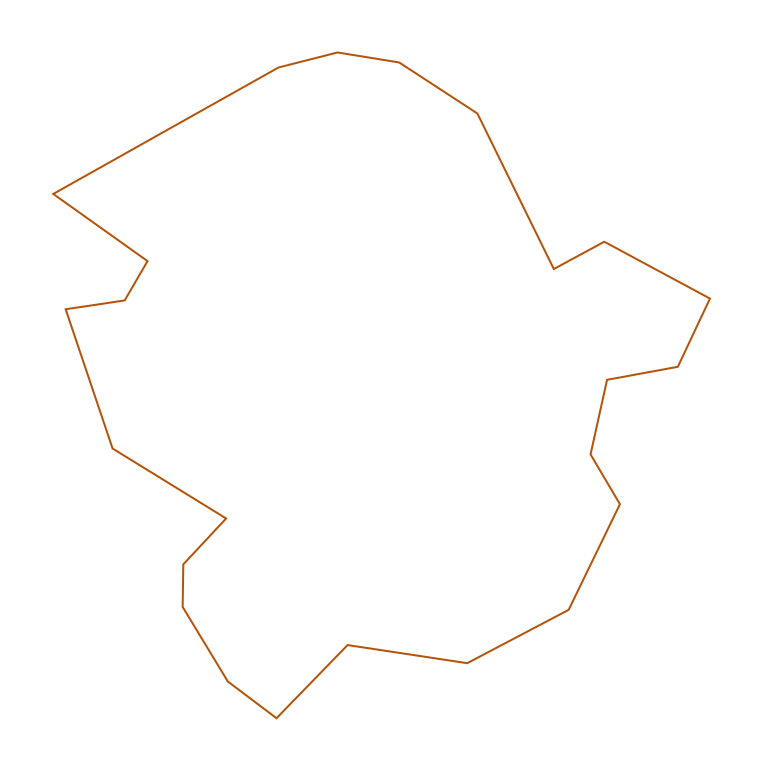 map outline of Brussels (Albers equal-area conic projection), rotated 179°
{"feature_id": "BEL-3474", "entity_name": "Brussels", "entity_type": "Capital Region", "adm_level": 1, "iso_a3": "BEL", "parent_name": "Belgium", "parent_adm1": "", "projection": "albers", "projection_center": [4.373, 50.84], "detail": "fine", "context": "isolated", "style": "outline", "palette": "amber", "viewbox_px": 768, "rotation_deg": 179, "n_neighbors": 0, "source": "natural_earth", "source_scale": "10m", "svg_char_len": 462}
<svg xmlns="http://www.w3.org/2000/svg" viewBox="0 0 768 768"><g transform="rotate(179 384 384)"><path d="M711.4,579.8L484.0,702.3L424.7,716.3L363.2,705.2L285.9,652.8L212.2,496.0L161.3,522.4L56.6,463.7L89.9,396.1L160.9,384.3L178.7,310.0L150.2,259.7L203.3,155.0L305.7,103.4L425.0,123.6L497.3,51.7L545.3,89.2L589.2,164.6L587.8,207.2L544.2,252.3L656.5,324.2L701.0,464.3L641.8,472.1L618.3,511.0L711.4,579.8Z" fill="none" stroke="#b45309" stroke-width="2"/></g></svg>